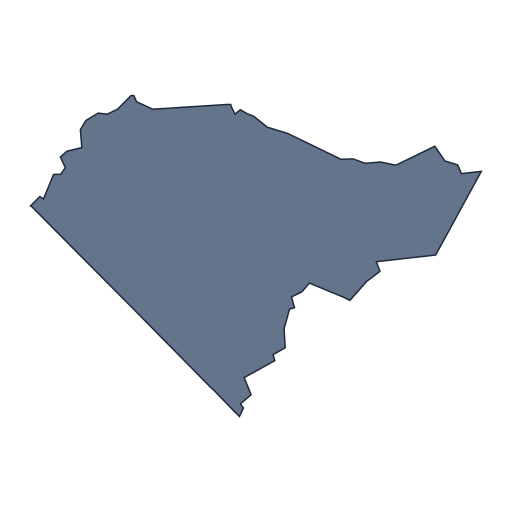 Columbus, North Carolina, United States of America (Robinson projection)
{"feature_id": "52423323B52623684418934", "entity_name": "Columbus", "entity_type": "district", "adm_level": 2, "iso_a3": "USA", "parent_name": "United States of America", "parent_adm1": "North Carolina", "projection": "robinson", "projection_center": [-78.658, 34.215], "detail": "fine", "context": "isolated", "style": "filled", "palette": "slate", "viewbox_px": 512, "rotation_deg": 0, "n_neighbors": 0, "source": "geoboundaries", "source_scale": "gbopen_adm2", "svg_char_len": 1086}
<svg xmlns="http://www.w3.org/2000/svg" viewBox="0 0 512 512"><path d="M30.7,205.7L30.8,205.7L68.1,243.3L84.0,259.3L110.7,286.1L120.7,296.2L128.1,303.6L137.7,313.3L159.3,335.3L168.0,344.1L180.3,356.5L208.7,385.4L209.7,386.6L213.4,389.8L233.3,410.4L238.8,415.8L239.4,416.5L243.4,408.1L240.4,403.9L251.1,394.7L244.2,377.6L274.8,360.6L273.1,354.6L285.2,347.7L284.1,328.7L289.5,309.2L294.5,307.7L291.5,296.9L301.8,291.9L309.4,283.1L343.9,297.4L349.9,300.4L366.6,281.5L380.0,271.3L376.3,261.7L435.7,255.0L435.9,254.6L448.7,231.2L461.8,207.1L463.1,204.7L481.3,171.4L461.4,173.6L457.7,164.9L444.9,160.9L434.8,146.2L395.9,165.2L380.5,162.0L365.0,163.3L353.2,158.9L341.0,159.3L287.8,133.5L267.3,127.2L255.3,117.5L253.4,116.1L252.9,115.9L252.1,115.6L250.8,115.1L246.8,113.5L240.4,109.7L235.0,114.1L231.3,106.6L230.8,104.5L228.2,104.4L152.7,109.2L136.5,101.7L133.9,95.6L131.1,95.5L117.8,109.0L107.2,114.2L98.2,113.1L85.9,120.5L80.4,129.6L81.8,147.6L66.9,151.2L60.4,157.1L65.3,167.6L60.7,174.3L53.6,174.4L43.5,198.9L39.8,196.6L30.7,205.7Z" fill="#64748b" stroke="#1e293b" stroke-width="1.5"/></svg>